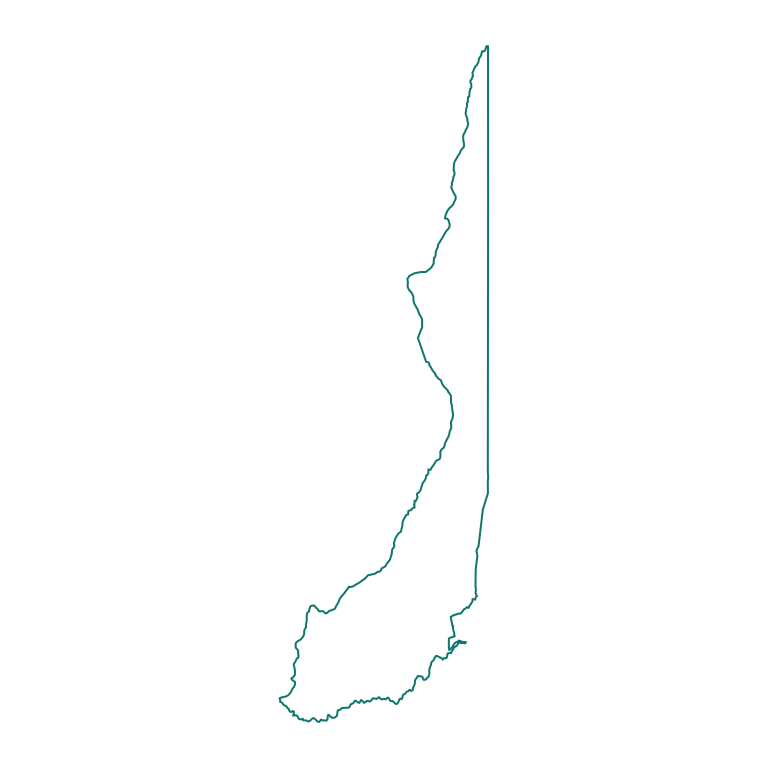 the district of Alajuela, Alajuela, Costa Rica
{"feature_id": "36466004B67061549070759", "entity_name": "Alajuela", "entity_type": "district", "adm_level": 2, "iso_a3": "CRI", "parent_name": "Costa Rica", "parent_adm1": "Alajuela", "projection": "equal_earth", "projection_center": [-84.238, 10.164], "detail": "fine", "context": "isolated", "style": "outline", "palette": "teal", "viewbox_px": 768, "rotation_deg": 0, "n_neighbors": 0, "source": "geoboundaries", "source_scale": "gbopen_adm2", "svg_char_len": 6097}
<svg xmlns="http://www.w3.org/2000/svg" viewBox="0 0 768 768"><path d="M488.1,202.8L488.0,46.3L486.8,46.1L486.2,46.9L485.4,49.6L484.5,51.1L483.6,51.5L482.3,51.1L481.9,51.7L481.2,55.3L479.0,58.5L478.4,62.1L476.7,65.2L475.2,66.6L473.7,69.8L473.2,71.4L472.5,72.4L472.5,73.9L473.0,75.7L471.6,79.1L470.3,81.2L470.5,82.7L471.3,83.7L471.3,87.8L470.0,89.3L469.9,91.1L469.5,91.8L469.3,96.5L468.3,96.9L468.0,97.3L467.8,98.8L468.0,101.0L467.9,101.8L466.9,103.3L467.1,106.0L466.1,109.2L466.2,110.7L465.7,112.2L465.8,114.5L467.4,119.1L467.4,120.9L468.3,123.9L466.9,128.2L465.7,129.9L465.1,132.1L464.0,133.6L463.2,135.7L463.3,140.7L463.9,142.9L463.9,144.6L464.1,145.0L463.9,146.8L461.1,150.0L459.6,153.6L457.8,156.0L457.1,157.6L454.6,161.7L453.9,164.3L453.7,170.5L454.5,172.5L454.5,174.6L453.4,177.0L452.7,180.9L451.9,182.6L451.9,185.0L451.3,186.7L451.3,187.5L451.7,188.1L451.7,188.8L454.2,193.9L455.4,195.4L455.7,197.2L455.5,199.3L453.1,204.4L451.3,206.6L449.6,207.9L447.5,210.7L445.6,215.0L445.1,217.4L445.1,218.4L447.5,218.9L448.5,220.1L449.8,225.1L449.3,227.2L448.1,229.2L446.1,231.2L442.5,237.6L440.5,240.7L440.1,241.7L438.3,244.2L437.8,247.1L435.8,251.5L435.7,254.5L435.1,256.9L434.8,257.5L434.0,257.9L433.6,263.5L432.1,266.4L430.1,268.7L425.7,272.0L420.9,272.0L414.0,273.4L409.2,276.1L408.5,277.5L407.4,278.5L407.9,283.2L407.6,285.2L407.8,287.3L409.1,290.0L411.2,292.2L413.2,295.9L413.4,297.5L413.4,300.3L413.9,302.8L417.6,309.6L419.5,314.5L421.3,317.4L422.1,319.4L422.2,327.3L421.1,329.6L417.9,338.0L426.1,361.7L428.5,362.5L428.9,362.9L429.4,363.8L429.3,365.1L430.1,366.1L432.7,370.7L434.9,373.1L435.7,375.3L438.7,378.9L440.8,380.1L442.4,384.3L443.7,386.3L447.8,390.5L448.0,391.6L449.6,393.5L451.0,396.1L451.0,402.7L451.9,404.7L451.8,406.5L453.1,414.6L452.6,418.3L451.0,421.8L450.9,423.9L451.2,424.9L451.2,427.5L450.7,429.7L449.8,430.9L449.3,434.0L448.3,437.0L447.3,438.6L444.9,443.5L444.2,446.9L443.6,447.8L441.5,449.4L440.7,450.8L440.4,452.3L440.2,452.4L440.4,453.2L440.4,456.4L439.9,458.5L439.3,459.3L436.8,460.4L435.9,461.2L433.1,465.8L431.5,467.7L431.2,468.7L430.5,469.7L429.0,469.9L428.5,469.6L428.3,473.3L427.2,474.9L426.1,475.6L426.1,477.7L424.4,480.9L422.6,483.3L420.6,490.0L418.8,492.6L417.5,493.2L417.1,493.7L417.0,494.5L417.5,497.5L415.8,501.0L414.5,500.9L414.4,501.2L414.6,503.7L414.0,504.4L414.0,504.9L414.4,505.3L414.5,507.5L412.9,508.0L411.1,510.0L408.4,511.0L408.0,514.5L406.3,514.9L405.6,515.8L405.4,516.8L404.7,517.4L402.7,521.7L402.4,525.3L401.8,528.2L401.5,528.9L401.0,531.6L398.8,533.2L397.7,534.4L395.4,538.3L393.9,543.3L394.4,546.6L392.8,548.5L392.1,549.9L391.6,554.7L391.0,555.9L390.1,559.3L388.6,561.6L387.0,563.3L385.4,566.2L384.3,567.1L382.3,567.9L381.4,568.9L381.0,570.3L379.6,571.6L377.4,572.1L374.8,573.8L368.1,575.2L364.9,578.6L358.2,583.4L356.8,584.0L353.3,586.3L349.8,587.2L349.1,586.7L343.2,594.6L341.3,596.5L339.8,598.9L338.2,602.7L335.8,606.6L335.2,608.3L334.4,609.1L329.2,611.0L326.7,613.2L325.5,613.4L323.4,611.4L322.4,611.2L319.1,611.3L317.6,609.1L316.1,607.8L314.3,605.6L312.0,605.6L310.2,606.6L309.2,609.6L309.2,611.3L307.8,612.4L306.9,613.9L306.6,621.9L306.1,623.4L306.0,627.4L304.9,628.9L304.2,630.8L304.2,633.1L303.8,635.3L302.1,638.0L300.4,639.7L297.8,641.1L296.1,642.6L295.6,644.1L295.7,647.4L296.2,648.3L297.5,649.6L298.2,651.2L298.2,652.8L298.0,653.5L298.5,654.9L298.5,656.9L297.9,658.0L297.4,658.0L296.6,658.8L295.8,660.9L293.8,664.0L293.8,665.6L294.1,666.0L295.0,671.0L294.9,674.9L293.1,677.2L291.5,678.3L291.6,679.5L295.1,682.0L295.1,683.8L294.2,686.8L292.6,688.5L290.6,692.6L288.0,695.4L285.9,696.5L281.2,697.5L279.8,698.3L280.1,698.5L280.1,701.7L281.8,702.5L283.7,704.9L286.4,706.3L287.5,708.2L288.6,708.7L289.2,710.5L289.8,711.4L290.9,712.0L291.4,712.0L292.4,711.1L293.8,711.4L293.9,713.7L293.2,715.1L293.2,715.5L296.2,715.3L297.3,715.9L297.9,717.4L299.1,719.1L301.4,719.4L302.7,718.8L303.0,719.1L303.1,720.0L303.5,720.3L306.2,720.4L308.0,721.4L309.2,721.3L310.5,720.4L312.4,718.4L313.8,718.2L314.6,718.7L317.9,721.8L319.1,721.9L319.7,721.6L320.2,720.6L321.2,719.6L322.8,720.5L324.7,720.3L325.9,720.7L326.5,720.6L327.5,719.2L327.7,716.3L328.3,714.9L329.3,715.2L330.2,716.5L332.2,717.8L333.7,717.8L335.2,717.4L337.0,715.6L337.6,711.0L337.9,710.3L339.7,710.0L342.0,708.0L349.0,707.6L350.8,704.3L353.4,703.1L354.9,700.7L356.0,700.9L357.5,702.2L359.4,702.8L361.1,700.1L361.5,700.1L364.2,702.8L366.9,700.9L368.1,701.0L369.1,701.4L370.7,701.2L371.8,699.5L373.0,698.3L376.7,698.9L378.5,697.4L379.2,697.3L380.3,698.6L381.6,699.4L383.6,698.9L384.5,698.9L385.6,699.4L387.6,697.7L387.9,697.7L388.7,698.0L390.0,700.6L390.6,701.0L392.8,701.2L395.6,703.9L396.9,703.9L398.1,702.6L399.3,699.7L400.2,698.6L401.7,699.0L402.5,697.5L402.7,695.9L403.2,694.7L405.0,693.9L406.7,691.7L408.2,691.3L409.4,689.9L410.0,689.9L411.2,691.0L412.6,690.3L412.9,689.5L412.9,688.0L413.9,686.3L414.9,683.2L415.0,680.5L415.9,678.8L417.0,677.6L417.6,676.1L419.4,676.1L422.3,676.7L423.4,679.5L424.0,679.9L426.1,679.4L426.5,678.4L428.3,677.2L429.4,673.9L429.3,669.5L430.1,666.9L430.9,665.1L431.2,663.0L432.1,661.4L433.5,660.4L434.8,657.6L436.0,656.0L437.1,656.0L441.2,658.0L442.1,658.6L442.8,659.5L444.1,658.2L446.2,658.2L446.6,657.9L447.7,653.5L449.1,653.1L451.1,653.0L451.6,651.3L453.0,649.7L453.6,648.1L454.5,647.1L457.1,645.5L458.1,643.4L458.9,642.8L459.9,642.7L461.3,643.2L462.5,642.8L465.1,643.3L465.7,642.8L465.8,642.2L463.9,641.9L462.8,642.2L460.3,641.0L458.8,640.6L457.1,641.9L455.4,642.6L453.9,644.4L452.2,647.2L450.4,649.0L449.2,649.7L448.8,646.1L448.9,638.7L449.2,638.2L454.6,636.2L454.2,634.4L454.1,632.4L453.3,630.1L452.6,626.3L453.1,626.0L452.9,625.7L452.4,625.6L450.7,617.0L453.4,615.3L457.1,614.2L458.2,613.6L459.0,613.8L461.0,613.2L462.1,612.1L462.7,610.8L463.1,610.6L463.8,609.4L465.3,608.7L466.8,607.2L467.4,607.3L468.0,607.7L468.5,607.3L468.7,607.5L469.9,605.2L470.6,604.4L472.1,601.9L472.5,601.0L472.6,599.2L475.2,599.5L475.3,598.4L476.3,596.4L476.9,596.1L475.6,593.1L475.9,588.7L475.5,586.9L475.7,569.1L477.4,556.0L476.4,550.6L478.5,546.3L482.9,509.3L487.9,493.3L487.8,480.1L488.2,478.2L487.8,472.3L488.1,202.8Z" fill="none" stroke="#0f766e" stroke-width="2"/></svg>